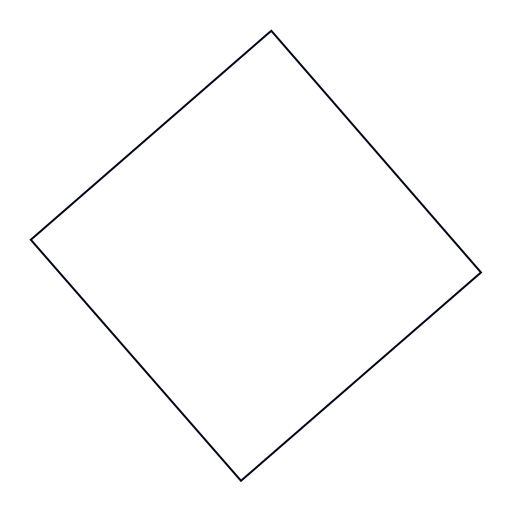 Valley, Nebraska, United States of America (Mercator projection), rotated 139°
{"feature_id": "52423323B79614094129954", "entity_name": "Valley", "entity_type": "district", "adm_level": 2, "iso_a3": "USA", "parent_name": "United States of America", "parent_adm1": "Nebraska", "projection": "mercator", "projection_center": [-98.949, 41.567], "detail": "fine", "context": "isolated", "style": "outline", "palette": "ink", "viewbox_px": 512, "rotation_deg": 139, "n_neighbors": 0, "source": "geoboundaries", "source_scale": "gbopen_adm2", "svg_char_len": 245}
<svg xmlns="http://www.w3.org/2000/svg" viewBox="0 0 512 512"><g transform="rotate(139 256 256)"><path d="M415.3,416.0L414.8,96.2L410.0,96.2L97.0,96.0L96.7,415.9L103.1,416.0L415.3,416.0Z" fill="none" stroke="#020617" stroke-width="2"/></g></svg>